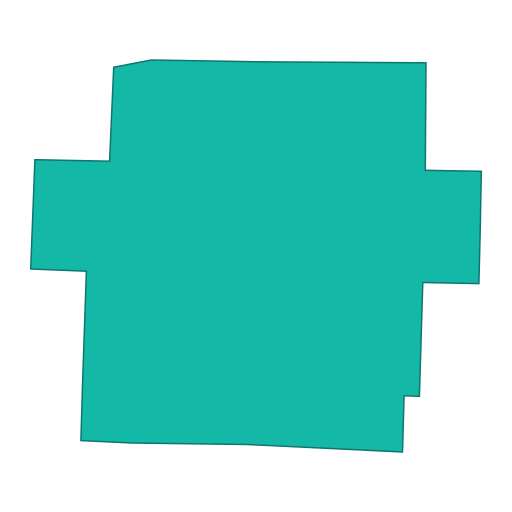 Carroll, Ohio, United States of America (orthographic projection)
{"feature_id": "52423323B82446565962653", "entity_name": "Carroll", "entity_type": "district", "adm_level": 2, "iso_a3": "USA", "parent_name": "United States of America", "parent_adm1": "Ohio", "projection": "orthographic", "projection_center": [-81.077, 40.577], "detail": "fine", "context": "isolated", "style": "filled", "palette": "teal", "viewbox_px": 512, "rotation_deg": 0, "n_neighbors": 0, "source": "geoboundaries", "source_scale": "gbopen_adm2", "svg_char_len": 375}
<svg xmlns="http://www.w3.org/2000/svg" viewBox="0 0 512 512"><path d="M402.5,452.0L404.1,395.8L419.4,396.3L422.8,282.5L478.9,283.6L480.3,226.9L481.3,171.3L425.3,170.3L426.0,62.8L260.0,61.8L151.4,60.0L113.7,67.2L109.6,161.2L34.9,159.7L30.7,269.0L86.4,271.2L82.5,384.9L80.9,440.6L132.3,443.0L247.4,444.5L402.5,452.0Z" fill="#14b8a6" stroke="#0f766e" stroke-width="1.5"/></svg>